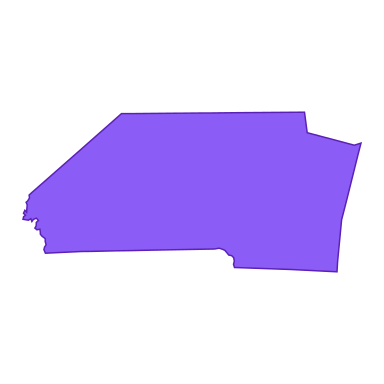 the district of São Luís Gonzaga do Maranhão, Maranhão, Brazil
{"feature_id": "56859067B14261952678271", "entity_name": "São Luís Gonzaga do Maranhão", "entity_type": "district", "adm_level": 2, "iso_a3": "BRA", "parent_name": "Brazil", "parent_adm1": "Maranhão", "projection": "robinson", "projection_center": [-44.715, -4.38], "detail": "fine", "context": "isolated", "style": "filled", "palette": "violet", "viewbox_px": 384, "rotation_deg": 0, "n_neighbors": 0, "source": "geoboundaries", "source_scale": "gbopen_adm2", "svg_char_len": 1006}
<svg xmlns="http://www.w3.org/2000/svg" viewBox="0 0 384 384"><path d="M304.5,112.2L237.6,112.7L210.6,113.0L203.6,113.0L181.7,113.2L179.0,113.2L133.6,113.6L131.0,113.6L121.5,113.6L114.6,119.7L96.0,136.1L78.0,152.0L31.2,193.1L29.1,195.1L29.5,197.9L27.7,200.9L26.1,202.3L27.2,204.8L26.9,208.4L26.6,212.2L24.9,210.3L23.5,213.3L25.5,215.3L23.6,216.7L23.0,219.3L26.2,219.8L28.4,220.2L30.8,218.7L31.9,221.5L33.4,219.4L36.4,218.2L38.4,220.5L36.3,222.4L36.2,225.7L34.9,228.1L36.9,229.8L39.9,229.2L40.3,232.0L40.4,234.3L42.2,236.4L45.2,238.6L45.2,241.5L46.1,244.7L44.5,247.2L43.9,249.6L45.4,253.2L81.1,251.5L90.6,251.4L116.1,250.8L124.2,250.7L130.8,250.6L153.6,250.1L169.6,249.8L214.5,249.0L219.1,248.2L222.0,249.1L224.8,250.3L226.7,252.5L228.8,255.1L231.6,255.6L233.7,257.7L234.3,261.2L233.5,264.3L234.5,267.5L291.2,269.5L337.0,271.8L337.6,261.5L340.2,234.5L341.6,219.8L344.6,208.2L346.9,199.2L357.9,155.1L361.0,143.1L354.3,145.2L307.2,132.7L304.5,112.2Z" fill="#8b5cf6" stroke="#5b21b6" stroke-width="1.5"/></svg>